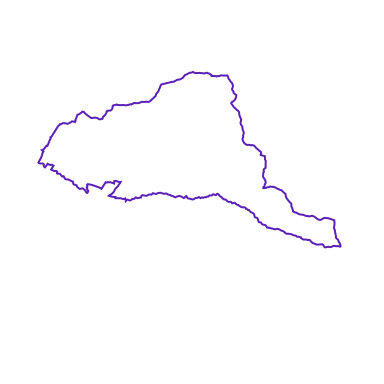 Bertea, Prahova, Romania, rotated 141°
{"feature_id": "2599482B89107382852498", "entity_name": "Bertea", "entity_type": "district", "adm_level": 2, "iso_a3": "ROU", "parent_name": "Romania", "parent_adm1": "Prahova", "projection": "orthographic", "projection_center": [25.825, 45.276], "detail": "fine", "context": "isolated", "style": "outline", "palette": "violet", "viewbox_px": 384, "rotation_deg": 141, "n_neighbors": 0, "source": "geoboundaries", "source_scale": "gbopen_adm2", "svg_char_len": 6084}
<svg xmlns="http://www.w3.org/2000/svg" viewBox="0 0 384 384"><g transform="rotate(141 192 192)"><path d="M292.8,311.6L292.7,310.7L292.0,309.6L290.5,308.6L289.8,307.4L289.8,306.7L290.9,305.4L291.0,304.8L290.7,303.6L286.4,304.8L286.1,303.7L285.5,302.8L284.7,301.9L283.6,301.3L283.6,300.6L283.1,299.6L287.4,298.1L286.0,295.2L284.1,293.5L284.1,292.3L285.2,291.6L285.2,291.2L283.2,289.2L283.1,285.7L282.9,285.4L282.2,285.4L281.8,284.9L282.3,282.4L282.3,281.6L281.9,281.0L280.5,279.9L279.4,277.7L278.8,276.1L278.0,275.1L279.1,273.2L279.1,272.3L278.0,270.8L277.5,269.9L278.0,268.7L277.8,266.5L277.4,265.3L276.3,264.4L274.9,263.9L274.4,263.0L274.3,261.7L274.0,261.0L274.4,258.3L274.3,257.5L273.9,257.2L272.1,257.9L271.9,258.3L271.8,260.3L270.8,261.1L270.8,261.9L269.8,262.2L269.1,263.6L268.0,263.7L265.3,260.5L261.0,253.5L260.4,251.5L252.9,253.9L252.4,253.0L251.1,252.6L250.8,252.1L249.3,251.0L247.2,247.6L246.7,248.0L245.7,249.4L244.4,248.8L242.2,245.4L241.2,244.7L242.7,244.1L245.2,243.5L245.9,243.1L249.7,242.7L252.8,241.3L256.0,241.0L257.7,241.4L259.0,241.4L257.3,238.8L254.6,236.2L255.4,235.4L251.3,231.9L249.8,229.6L248.8,229.1L248.0,229.1L248.2,228.2L249.1,226.7L247.4,227.0L246.9,226.6L245.8,224.7L244.8,224.1L242.8,224.2L241.3,223.1L239.1,223.2L238.4,221.6L235.1,219.9L233.9,220.8L232.6,220.8L230.2,218.1L229.6,217.6L227.0,217.1L225.0,215.4L223.2,215.7L221.1,213.0L218.9,212.5L216.9,211.2L215.2,208.5L212.8,206.9L212.6,206.6L212.5,205.4L210.7,203.3L210.4,202.0L209.5,201.0L208.5,198.5L206.0,197.7L204.2,196.8L202.8,194.4L202.3,192.6L201.5,192.3L199.7,192.6L199.0,192.4L199.0,191.9L199.3,190.5L199.3,189.9L198.5,188.8L197.5,187.7L196.5,186.0L195.7,185.5L192.8,185.0L191.4,184.0L189.8,183.7L189.2,181.8L187.8,181.6L186.9,180.4L185.9,180.3L184.5,179.1L183.4,179.1L182.2,178.2L180.6,178.3L179.0,177.0L177.0,177.0L175.4,174.5L173.7,174.7L173.2,174.4L172.9,173.5L172.9,171.2L172.2,169.2L172.4,167.8L172.0,167.2L171.8,166.0L170.9,165.4L170.6,164.8L170.3,162.5L169.9,161.4L168.1,160.0L167.9,159.2L167.9,157.9L166.1,157.1L165.5,156.6L165.4,155.0L165.0,154.2L164.9,153.7L164.1,152.7L164.0,151.4L163.5,150.4L163.3,149.6L163.0,149.0L160.6,146.7L160.3,146.2L160.6,144.6L159.9,143.8L159.8,142.8L159.1,142.2L159.1,139.6L158.0,137.5L157.7,136.3L157.8,135.6L158.8,133.4L158.9,132.9L158.8,132.4L157.8,131.1L157.7,130.1L158.7,127.7L159.0,126.5L157.6,125.0L157.8,122.8L157.6,122.3L156.6,121.1L155.7,119.7L156.0,116.9L155.1,116.4L154.9,115.7L154.1,115.2L153.7,114.3L152.2,112.6L151.8,111.6L150.7,110.6L148.9,109.8L147.7,108.1L146.9,105.8L146.0,104.6L145.2,102.2L145.4,101.3L144.7,99.9L143.5,99.1L142.7,98.1L142.2,97.8L141.0,96.0L140.8,95.2L140.0,94.0L138.8,92.8L138.6,91.3L136.9,89.7L136.6,88.9L136.0,88.4L136.2,87.1L135.3,84.9L133.7,83.7L132.2,81.9L130.8,80.8L130.6,80.0L130.8,78.8L130.4,77.7L130.5,76.6L129.1,74.4L128.6,73.3L128.0,72.5L123.5,69.2L123.4,68.0L123.7,66.3L123.5,65.3L120.3,63.4L119.3,62.2L118.3,61.6L115.9,61.1L113.9,59.0L112.7,58.2L111.5,56.5L110.9,56.2L110.3,56.9L109.5,59.0L109.3,61.2L108.6,62.5L108.6,63.6L108.9,65.0L108.8,66.0L107.6,67.6L105.7,71.5L104.9,72.6L104.7,73.8L104.1,74.9L101.3,77.5L99.2,80.5L102.3,85.5L104.5,87.8L105.3,88.5L106.7,88.9L109.5,89.3L110.9,90.6L111.6,92.4L112.5,96.0L113.7,98.0L116.4,99.3L116.9,100.2L118.6,101.8L119.9,104.2L122.5,107.0L123.6,109.2L123.6,109.8L125.0,111.7L125.7,113.3L125.0,114.3L124.9,115.1L124.2,116.3L123.9,118.2L122.2,120.3L122.5,123.9L122.4,127.5L121.7,129.8L120.7,131.3L120.6,131.8L121.0,133.8L121.3,136.9L122.6,138.7L122.8,139.7L123.7,141.0L124.2,142.7L125.4,144.8L126.1,145.2L127.7,147.0L129.3,147.4L130.7,148.4L132.2,148.7L134.1,150.1L133.6,150.8L132.5,150.6L130.9,151.9L129.2,152.6L127.9,154.4L127.5,156.2L127.3,158.6L126.7,159.9L125.8,160.6L124.8,161.9L123.4,162.4L122.7,163.8L122.1,164.3L120.9,164.6L119.8,164.4L119.4,164.7L117.4,167.2L115.2,169.6L114.7,171.5L112.9,173.8L112.9,174.1L115.3,177.4L115.2,177.9L113.8,178.6L113.3,179.7L113.4,180.5L113.9,182.7L114.0,184.1L114.4,185.4L114.5,188.9L115.8,190.7L116.8,191.1L117.6,192.4L119.7,194.1L120.3,195.5L120.6,197.0L120.4,198.8L119.8,200.8L119.3,201.6L117.6,202.5L116.9,203.6L115.9,204.4L115.3,204.6L114.2,205.8L113.3,208.7L111.7,211.3L111.5,213.5L111.3,214.2L110.6,215.5L109.9,215.8L108.0,217.7L107.5,220.0L106.7,222.1L105.1,224.6L105.1,226.3L105.5,227.5L105.6,229.1L106.1,231.8L105.8,234.5L105.8,236.1L104.8,236.8L103.3,236.5L100.8,236.6L99.5,237.1L97.7,238.3L96.5,239.6L97.1,241.3L97.3,242.8L96.5,244.1L96.5,245.8L96.1,246.9L94.9,247.4L93.1,249.0L92.3,251.8L92.6,253.5L92.2,255.2L92.3,256.9L91.2,260.1L91.3,260.4L94.3,262.7L95.7,264.1L96.4,264.6L98.1,265.0L99.0,266.0L100.1,266.2L100.4,266.9L101.3,267.7L101.3,268.0L102.2,268.4L102.8,269.3L103.8,269.7L103.9,270.1L103.3,271.0L103.3,271.3L103.8,272.0L104.0,273.1L104.8,274.0L105.2,275.1L106.3,275.9L107.3,276.0L107.6,276.2L111.2,279.8L114.6,282.3L114.9,282.7L115.7,284.7L117.1,285.0L118.9,286.2L121.5,286.6L123.8,287.3L127.5,286.5L130.4,287.0L132.9,288.5L136.6,289.1L138.3,290.2L148.0,294.8L149.6,294.4L151.6,293.1L152.7,292.7L154.5,291.5L158.3,290.7L159.7,289.5L161.5,289.5L163.1,289.2L165.5,289.2L167.1,288.9L168.6,289.2L169.6,289.7L170.6,291.0L171.8,291.5L174.3,293.7L177.5,294.6L179.9,296.5L180.7,297.4L181.5,297.8L182.2,297.7L183.1,298.2L183.9,298.1L184.7,299.0L186.9,299.8L189.3,301.3L190.6,302.9L192.7,304.3L194.9,306.3L195.3,307.3L195.7,307.3L198.7,308.9L199.5,308.7L201.2,307.1L202.9,306.5L204.1,306.6L205.7,307.8L207.2,308.5L207.8,308.3L208.2,307.6L210.8,306.6L212.6,306.4L213.2,306.5L214.8,305.9L215.3,305.3L215.8,305.3L217.4,306.1L218.5,307.1L219.0,309.1L220.7,311.0L223.1,312.3L223.7,312.8L225.2,317.9L225.8,321.5L225.6,322.3L226.7,323.5L227.8,323.3L231.0,323.5L232.3,324.1L233.1,323.8L235.6,322.1L236.8,321.7L237.9,320.4L239.0,320.0L239.2,321.0L239.7,321.2L240.8,322.4L242.4,322.4L243.7,322.9L245.1,323.0L245.7,323.2L247.1,325.0L248.8,326.7L251.2,327.2L251.8,327.8L253.1,327.4L254.5,327.5L266.8,323.3L267.6,323.6L268.4,322.3L269.4,322.1L274.9,319.0L275.4,318.9L275.7,319.5L280.8,318.5L282.3,319.0L282.0,316.9L283.4,316.5L285.5,314.9L288.2,313.4L292.8,311.6Z" fill="none" stroke="#5b21b6" stroke-width="2"/></g></svg>